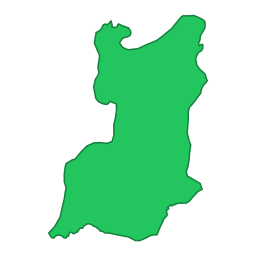 the district of Al Haymah Al Kharijiyah, Sana'a, Yemen
{"feature_id": "15242507B8947662040309", "entity_name": "Al Haymah Al Kharijiyah", "entity_type": "district", "adm_level": 2, "iso_a3": "YEM", "parent_name": "Yemen", "parent_adm1": "Sana'a", "projection": "mercator", "projection_center": [43.852, 15.031], "detail": "fine", "context": "isolated", "style": "filled", "palette": "green", "viewbox_px": 256, "rotation_deg": 0, "n_neighbors": 0, "source": "geoboundaries", "source_scale": "gbopen_adm2", "svg_char_len": 4137}
<svg xmlns="http://www.w3.org/2000/svg" viewBox="0 0 256 256"><path d="M157.0,234.8L160.5,226.1L161.3,224.7L162.9,221.1L163.9,218.9L165.3,217.3L166.2,216.6L167.2,214.9L166.3,209.9L167.5,209.8L168.7,208.8L168.5,208.0L167.6,207.4L169.2,206.1L170.6,205.0L171.6,205.9L172.7,205.5L172.8,205.5L173.0,204.8L173.9,204.4L174.4,204.8L174.6,204.8L175.2,204.5L175.8,204.3L176.4,203.6L176.8,203.5L177.8,203.5L179.0,203.2L180.8,203.2L185.2,203.1L186.3,203.0L189.5,201.0L192.6,197.2L198.2,191.3L202.1,189.4L200.2,183.5L200.0,183.4L194.8,180.3L190.4,177.8L187.4,176.0L186.2,171.9L186.3,171.6L188.0,166.1L189.1,159.7L189.6,152.7L190.7,145.1L189.9,142.8L189.0,140.4L188.2,137.2L187.2,132.9L188.1,121.1L188.3,118.3L188.3,113.5L188.3,111.9L188.8,109.8L189.4,107.4L189.4,107.2L192.3,104.3L200.6,93.3L200.7,92.9L201.5,89.1L203.2,85.6L207.3,80.9L207.2,80.8L206.3,78.1L205.0,74.1L204.9,73.9L199.7,69.2L196.7,65.0L196.5,63.3L196.4,62.6L196.2,61.5L195.9,60.3L195.6,59.3L196.1,57.3L196.6,56.2L198.2,52.7L198.3,52.7L200.3,51.4L201.3,50.8L202.6,48.8L202.6,48.4L202.7,47.5L202.7,47.3L202.9,45.1L202.2,44.4L201.6,44.4L200.4,44.8L199.3,45.7L198.7,44.4L198.7,42.7L199.8,40.5L199.9,40.0L200.2,37.4L200.4,36.0L201.1,34.6L202.5,32.1L203.2,31.0L204.2,29.3L204.6,28.6L205.0,26.5L205.2,23.8L204.8,21.7L204.7,21.3L203.7,20.4L202.9,19.7L197.6,17.0L195.3,16.1L193.0,15.4L190.8,15.9L190.7,16.0L190.6,15.9L190.2,15.8L182.6,15.9L182.3,16.1L181.5,16.8L179.6,18.8L177.9,20.9L177.7,21.2L174.8,24.7L173.4,26.5L172.3,28.0L171.3,28.8L168.2,31.4L166.0,33.2L164.1,34.8L162.2,36.4L158.2,39.4L157.9,39.6L156.9,40.4L154.9,41.2L152.0,42.4L149.8,43.4L146.6,44.7L146.3,44.8L143.7,46.0L137.6,48.8L135.6,49.0L135.1,49.0L130.8,49.5L127.9,49.8L127.5,49.6L126.1,48.9L122.6,47.4L119.5,42.9L120.2,41.8L121.6,39.6L123.4,37.7L123.7,37.7L124.3,37.5L127.1,37.0L128.7,36.2L129.2,36.0L130.4,34.9L130.9,32.9L130.8,32.5L130.3,30.6L128.5,27.9L127.1,27.4L125.2,26.6L124.6,26.4L123.4,26.2L122.6,26.0L120.2,24.6L119.7,24.4L118.8,24.0L117.9,24.4L117.3,26.0L116.7,27.0L114.9,27.3L113.4,27.3L112.6,27.1L112.1,27.0L112.1,24.9L111.6,22.9L111.1,21.1L110.8,21.4L110.3,21.6L109.5,22.8L107.8,24.4L107.3,24.5L106.7,24.9L105.8,24.1L104.7,24.3L103.5,24.7L102.9,25.4L102.0,27.4L101.0,29.3L98.6,31.3L97.0,32.1L96.1,32.5L94.4,43.1L95.0,44.6L98.6,53.2L99.4,55.1L99.6,55.5L98.9,60.9L98.9,61.3L98.4,63.5L98.3,64.0L98.0,68.3L98.9,72.3L98.0,75.5L96.6,77.4L95.2,79.9L95.2,80.1L93.7,86.8L93.9,87.9L94.5,91.5L95.4,96.0L95.8,98.3L98.2,101.4L102.2,103.6L106.5,104.4L108.3,103.6L110.0,101.4L116.4,104.0L116.5,110.4L116.4,110.6L116.2,112.6L115.8,114.9L115.6,116.8L114.7,121.1L114.6,121.4L114.4,122.1L113.8,125.0L113.9,135.0L112.9,138.6L112.1,141.4L108.4,142.9L107.6,143.3L104.3,143.1L100.1,142.6L98.6,142.7L95.4,142.8L93.7,142.9L86.8,146.1L82.5,150.5L80.5,152.5L75.1,159.1L72.4,159.8L70.0,161.2L66.1,163.5L65.2,167.2L64.3,173.5L64.3,178.0L64.3,181.7L66.2,188.1L65.3,191.8L65.0,193.9L64.4,198.1L62.5,206.5L60.0,217.3L54.6,226.7L52.6,228.9L48.7,233.0L50.5,236.1L51.6,237.6L52.9,237.9L53.5,238.1L54.0,237.7L54.6,237.1L55.2,236.4L55.7,235.9L56.8,235.4L57.5,235.3L58.1,235.2L59.0,235.2L59.4,235.3L59.8,235.3L60.7,235.5L61.8,235.8L62.5,236.3L62.9,236.7L63.3,237.3L63.8,237.7L64.5,238.0L65.6,238.1L66.2,237.5L66.5,237.5L66.4,236.7L67.5,236.0L68.5,236.2L69.4,233.0L69.9,232.5L70.6,232.4L71.5,232.4L72.1,232.6L72.8,233.2L73.3,233.7L73.8,233.8L74.8,233.1L75.3,233.0L76.1,232.3L76.3,232.3L76.8,232.3L77.2,232.2L77.3,231.6L78.6,230.6L78.7,229.8L79.1,229.3L79.6,228.7L80.2,228.3L80.9,228.2L81.9,228.2L82.6,228.2L83.0,227.7L83.2,226.9L83.8,225.8L84.2,225.6L85.0,225.4L85.7,225.0L86.0,224.4L86.8,224.1L87.6,224.0L88.2,223.9L89.0,223.8L89.8,223.9L90.7,224.5L91.5,224.5L92.1,224.6L92.6,225.1L92.9,225.5L93.4,226.1L94.0,226.5L94.5,226.5L95.4,226.6L96.0,226.9L96.4,227.4L96.8,227.8L97.4,228.4L97.9,228.6L98.6,229.0L99.1,229.7L99.6,230.4L100.1,231.0L100.9,231.1L101.4,231.1L102.6,231.4L103.3,231.9L103.5,232.0L103.9,232.2L104.6,232.7L104.9,232.9L109.4,233.1L120.1,235.4L121.9,235.7L122.8,235.9L128.4,236.9L135.2,240.5L139.7,240.6L143.5,239.0L146.3,237.8L148.7,236.4L151.6,235.2L153.5,234.9L157.0,234.8Z" fill="#22c55e" stroke="#15803d" stroke-width="1.5"/></svg>